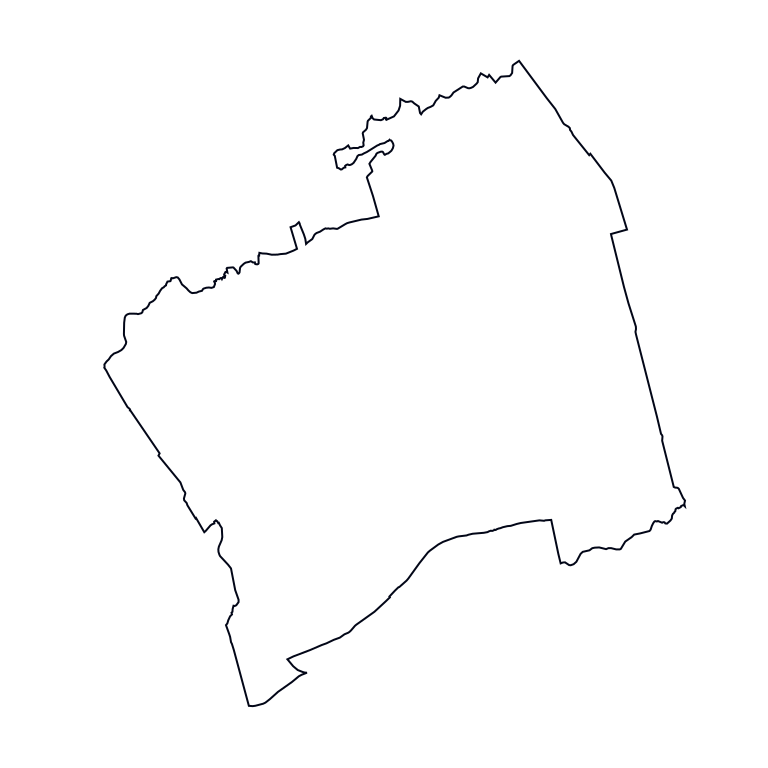 outline of Optasi-Magura, Olt, Romania, rotated 258°
{"feature_id": "2599482B31231477930356", "entity_name": "Optasi-Magura", "entity_type": "district", "adm_level": 2, "iso_a3": "ROU", "parent_name": "Romania", "parent_adm1": "Olt", "projection": "natural_earth1", "projection_center": [24.65, 44.581], "detail": "fine", "context": "isolated", "style": "outline", "palette": "ink", "viewbox_px": 768, "rotation_deg": 258, "n_neighbors": 0, "source": "geoboundaries", "source_scale": "gbopen_adm2", "svg_char_len": 6160}
<svg xmlns="http://www.w3.org/2000/svg" viewBox="0 0 768 768"><g transform="rotate(258 384 384)"><path d="M654.9,498.3L652.7,497.1L650.2,493.5L646.3,490.1L645.4,487.2L644.9,484.2L644.1,482.2L642.3,478.6L640.1,476.4L641.6,475.6L648.2,475.7L652.2,471.9L654.3,470.4L655.0,469.1L655.0,466.1L655.4,464.0L659.5,459.2L652.8,457.6L648.5,455.1L643.7,449.4L641.9,441.2L642.5,440.9L643.8,441.5L644.1,441.2L644.2,439.1L643.1,438.0L642.7,435.8L644.8,429.3L646.4,428.1L648.9,427.7L648.4,426.8L647.0,426.4L644.8,423.0L644.0,422.5L637.9,420.6L636.5,419.3L634.5,415.8L633.6,415.3L627.0,415.2L624.4,413.9L621.7,413.7L620.9,413.0L620.5,411.2L620.9,409.9L620.2,407.6L621.2,403.4L621.3,399.8L624.8,398.6L622.9,394.8L622.2,391.8L622.5,389.6L622.4,387.0L620.1,383.3L618.8,382.5L617.4,383.3L605.3,383.1L604.5,384.6L602.8,386.3L602.7,387.3L603.9,389.6L603.9,391.2L605.4,391.3L606.1,392.7L606.3,394.1L605.4,395.4L605.3,396.4L605.6,398.1L606.6,400.2L610.0,403.7L612.4,405.4L613.2,406.9L613.0,410.1L613.7,412.1L614.5,415.5L618.7,427.0L619.0,428.8L619.5,429.9L619.6,434.6L620.9,438.1L620.8,438.7L621.5,439.9L621.3,439.9L621.0,441.1L620.7,441.6L619.6,442.2L617.2,442.9L615.2,442.9L612.8,441.7L610.7,439.8L610.1,438.8L608.7,436.1L608.6,434.2L608.0,432.5L608.5,432.0L611.1,431.2L611.7,430.5L611.9,429.0L611.4,425.7L610.8,424.5L609.0,423.2L604.0,417.0L602.4,415.5L595.3,416.8L594.3,416.7L590.9,411.3L589.7,410.2L570.2,412.3L549.1,413.7L548.9,402.2L549.5,396.2L549.2,383.8L549.0,381.4L548.5,379.6L545.5,370.9L545.5,370.2L546.8,366.6L547.1,363.3L547.8,361.8L547.8,360.4L548.4,359.1L547.8,356.9L546.3,353.1L545.7,349.4L545.0,347.9L544.4,347.0L540.7,344.0L538.4,338.8L537.2,336.9L542.3,337.2L547.0,336.7L557.5,334.8L558.6,334.9L560.0,334.4L557.5,330.4L556.8,325.2L534.3,327.0L533.3,323.2L531.9,315.2L532.6,309.6L532.7,306.8L533.8,301.1L535.9,296.3L537.0,292.1L538.2,289.4L535.7,288.6L535.9,288.2L535.5,287.8L528.2,286.5L527.6,286.0L527.4,284.8L528.0,283.2L528.3,282.9L529.8,283.0L530.1,281.1L531.8,279.3L531.5,277.2L531.5,273.8L530.7,271.8L528.5,268.2L527.4,267.3L523.2,265.9L522.4,265.1L522.2,264.4L522.7,263.9L525.3,263.3L529.2,261.0L529.5,260.4L530.2,254.7L529.7,254.1L525.6,254.0L526.5,253.0L526.6,252.3L524.4,250.4L523.5,250.5L523.0,251.2L521.1,250.5L521.0,249.9L522.2,249.2L522.0,248.7L520.3,247.3L521.4,247.0L521.6,246.6L521.4,245.6L520.8,244.8L521.1,243.9L521.0,241.4L519.5,241.1L519.4,240.5L519.9,239.6L519.7,239.2L517.5,239.6L516.9,239.5L514.2,237.7L513.9,235.2L514.8,232.8L515.1,230.2L514.8,227.3L514.4,226.6L513.0,225.3L512.9,222.1L512.3,219.6L512.8,215.3L514.0,213.7L516.2,212.1L518.6,210.8L523.4,207.1L528.9,205.6L531.1,204.4L531.7,203.0L531.3,199.7L531.3,199.2L531.8,198.6L531.7,197.9L529.2,196.7L529.0,196.4L529.2,193.5L526.8,191.6L525.8,191.3L525.2,189.7L524.4,188.7L523.8,186.8L521.7,184.4L519.3,182.4L517.2,179.5L515.6,178.9L514.2,177.3L513.0,175.1L512.1,171.7L509.5,169.8L508.5,168.6L507.7,167.6L506.5,163.6L504.4,162.5L503.7,161.4L503.5,157.9L504.2,156.5L505.7,149.9L505.5,147.5L504.6,145.6L502.9,144.3L498.0,142.6L487.0,140.0L485.3,139.8L478.7,140.6L476.8,139.8L473.4,136.7L471.8,134.2L470.6,130.5L469.9,126.1L468.0,122.7L465.3,119.9L463.7,117.3L461.3,114.6L458.6,114.2L458.1,113.8L455.0,115.1L447.9,117.1L414.8,128.3L412.4,130.1L411.6,130.3L411.0,130.0L410.8,130.4L362.8,150.1L360.8,148.5L330.0,164.4L322.2,165.6L319.4,166.9L318.2,166.9L313.6,164.5L311.7,164.4L308.7,166.2L306.2,166.5L291.6,171.7L292.0,172.3L276.4,177.4L277.3,179.0L281.8,184.9L282.5,186.6L282.9,189.1L284.6,189.2L285.6,191.2L285.0,191.4L284.5,192.3L282.4,193.0L282.5,193.6L279.9,194.2L276.8,195.4L267.9,194.0L264.9,192.7L259.3,188.7L256.8,187.6L254.2,187.2L251.2,187.5L249.7,187.9L239.7,193.9L235.4,196.0L213.3,195.6L203.2,196.9L200.9,196.4L198.3,193.5L197.9,191.8L198.4,190.7L195.2,189.1L192.7,188.4L192.0,187.3L190.2,187.4L188.8,185.2L185.2,182.5L182.4,181.0L181.0,179.3L171.5,180.6L168.6,180.9L163.2,180.7L161.5,181.2L155.0,181.8L97.3,184.9L96.2,188.6L96.0,191.3L96.4,199.4L97.0,201.8L99.5,206.9L104.9,216.3L111.7,232.1L115.8,239.9L116.7,243.0L117.6,248.6L118.2,246.5L119.2,244.6L122.2,240.1L126.8,236.5L134.8,232.3L136.4,238.8L139.1,256.2L141.6,268.7L142.3,273.8L144.2,281.7L145.1,288.1L147.4,293.3L148.1,297.1L148.6,298.5L149.8,300.5L153.5,305.3L154.3,306.8L163.2,327.3L171.1,340.6L174.1,345.4L175.0,345.1L179.7,351.9L182.2,355.9L182.2,356.7L187.0,365.2L188.6,367.3L201.4,381.4L210.1,391.9L211.4,394.2L215.7,403.7L217.3,408.9L219.4,423.3L219.4,425.4L218.7,433.3L219.0,435.2L219.1,439.6L217.7,450.7L217.6,454.6L218.0,455.7L218.3,458.1L217.8,459.1L217.9,460.2L218.2,461.5L218.5,461.7L218.0,462.9L218.5,464.1L218.8,466.1L218.8,468.0L219.2,470.3L219.3,475.1L218.9,478.5L219.5,484.8L219.6,489.0L218.3,507.7L216.9,512.2L217.1,513.4L216.3,519.3L181.5,519.2L171.8,519.5L172.2,521.9L171.9,524.0L168.4,527.4L167.9,528.9L168.3,532.0L170.1,535.2L177.0,541.0L178.5,543.5L178.6,550.4L180.1,553.6L180.1,556.1L179.4,560.5L176.3,566.9L176.8,569.5L176.2,572.1L174.0,576.6L173.2,580.2L173.5,581.4L179.7,587.2L182.8,594.5L184.7,597.4L184.6,603.5L185.0,613.1L186.1,614.5L189.5,616.5L191.9,618.4L193.2,619.8L193.5,620.7L192.8,622.4L193.0,623.5L190.5,627.2L190.8,628.4L190.4,629.6L189.1,630.2L188.6,631.8L190.9,635.8L192.5,637.5L195.5,638.5L196.9,639.6L197.7,641.0L198.6,641.7L198.9,642.4L200.9,643.2L201.4,643.9L201.8,645.7L201.2,646.3L201.9,648.7L202.8,649.2L203.3,651.3L203.1,652.0L201.9,652.8L204.3,652.8L207.4,654.2L210.4,652.8L220.1,650.6L220.9,650.1L221.7,649.0L222.1,647.3L223.1,646.0L224.3,646.0L270.7,644.3L274.8,645.5L276.0,645.4L277.6,644.6L295.2,644.2L380.0,640.8L382.7,640.8L385.3,641.9L387.8,642.3L412.1,639.9L429.2,638.9L482.1,637.2L483.5,637.2L484.5,653.8L528.0,650.0L535.7,648.6L544.8,643.8L566.3,633.7L565.2,632.3L588.2,620.7L591.9,619.8L593.9,618.8L595.6,619.0L597.2,618.0L600.6,614.3L602.3,613.4L617.4,608.7L629.6,602.7L672.0,583.3L669.3,576.8L668.4,575.9L661.6,574.0L659.7,572.0L659.1,570.7L660.3,562.5L660.0,561.6L655.6,555.8L664.5,551.1L662.4,549.1L667.7,543.3L663.4,539.6L659.7,538.4L658.6,537.1L656.1,532.9L655.6,530.8L655.5,529.0L655.9,527.7L658.3,524.3L658.6,522.9L654.7,512.6L652.2,509.9L651.2,508.2L650.7,506.9L651.2,503.8L654.9,498.3Z" fill="none" stroke="#020617" stroke-width="2"/></g></svg>